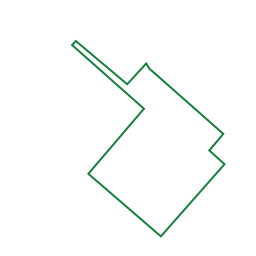 the district of Tom Green, Texas, United States of America, rotated 41°
{"feature_id": "52423323B87640997786605", "entity_name": "Tom Green", "entity_type": "district", "adm_level": 2, "iso_a3": "USA", "parent_name": "United States of America", "parent_adm1": "Texas", "projection": "mercator", "projection_center": [-100.612, 31.396], "detail": "fine", "context": "isolated", "style": "outline", "palette": "green", "viewbox_px": 256, "rotation_deg": 41, "n_neighbors": 0, "source": "geoboundaries", "source_scale": "gbopen_adm2", "svg_char_len": 309}
<svg xmlns="http://www.w3.org/2000/svg" viewBox="0 0 256 256"><g transform="rotate(41 128 128)"><path d="M224.6,92.0L204.1,91.6L203.8,69.9L105.3,69.2L99.4,67.4L98.7,95.5L31.5,96.6L31.4,102.1L127.4,103.0L128.1,188.5L129.3,188.6L223.9,188.2L224.6,92.0Z" fill="none" stroke="#15803d" stroke-width="2"/></g></svg>